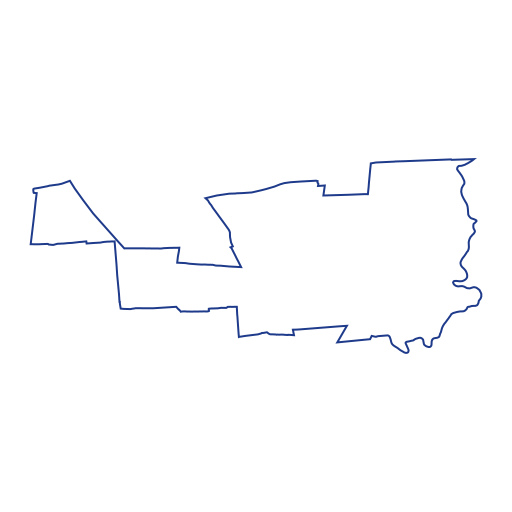 outline of Frumusita, Galati, Romania
{"feature_id": "2599482B14808563602686", "entity_name": "Frumusita", "entity_type": "district", "adm_level": 2, "iso_a3": "ROU", "parent_name": "Romania", "parent_adm1": "Galati", "projection": "natural_earth1", "projection_center": [28.083, 45.663], "detail": "fine", "context": "isolated", "style": "outline", "palette": "blue", "viewbox_px": 512, "rotation_deg": 0, "n_neighbors": 0, "source": "geoboundaries", "source_scale": "gbopen_adm2", "svg_char_len": 6090}
<svg xmlns="http://www.w3.org/2000/svg" viewBox="0 0 512 512"><path d="M229.1,193.7L216.8,195.5L205.5,198.2L208.0,200.5L209.2,202.6L210.2,204.0L211.1,205.0L211.8,206.1L212.8,207.8L217.6,214.3L218.8,216.0L223.6,222.5L228.4,229.2L229.3,230.7L229.9,232.4L230.0,236.3L230.2,238.0L230.6,240.0L230.7,240.6L231.1,242.6L232.8,246.4L230.6,247.3L231.6,248.3L235.7,256.4L236.4,257.9L238.4,261.7L241.1,267.1L229.5,266.5L220.5,265.7L216.4,265.6L215.5,265.5L212.7,264.8L207.7,264.7L204.4,264.5L203.1,264.5L202.7,264.5L201.9,264.6L197.0,264.3L189.2,263.7L185.5,263.1L177.2,262.7L177.9,256.5L179.0,250.6L179.3,247.7L176.9,247.8L174.6,247.8L169.6,247.9L163.3,248.2L162.4,248.4L161.0,248.5L158.7,248.5L146.3,248.4L142.3,248.3L124.6,248.3L124.3,248.4L117.5,240.9L95.3,215.9L93.1,213.4L83.0,200.0L74.8,188.6L69.9,180.8L61.9,183.7L58.3,184.5L49.3,185.7L47.6,186.2L39.9,187.7L34.2,188.6L33.6,188.9L33.3,189.2L33.3,189.6L33.3,190.4L33.6,192.6L33.8,192.9L36.7,193.1L35.5,202.7L34.1,215.8L30.7,244.2L38.1,244.3L42.3,244.1L47.8,243.9L48.4,244.2L48.7,244.5L51.3,244.8L53.4,244.9L57.3,243.8L63.9,243.5L67.9,243.1L72.0,242.9L79.5,242.0L81.2,241.9L86.3,241.4L86.6,243.5L93.3,243.0L100.4,242.6L102.3,242.2L104.4,241.9L108.1,241.6L109.6,241.6L112.1,241.4L113.5,241.5L114.6,241.4L116.5,264.6L117.2,275.2L119.0,294.2L119.5,301.9L119.8,301.9L119.9,303.9L120.7,308.6L123.7,308.9L130.6,309.1L132.3,308.7L133.4,308.6L135.7,308.2L152.6,308.3L176.2,306.8L178.8,309.7L179.2,309.7L180.8,311.7L181.0,311.6L182.1,311.5L182.9,311.4L184.7,311.4L185.5,311.4L186.4,311.5L187.5,311.5L189.5,311.5L190.3,311.6L199.1,311.5L204.6,311.4L206.4,311.5L207.7,311.4L208.9,311.1L209.0,311.0L208.7,309.0L208.8,308.8L208.9,308.7L211.3,308.5L215.6,308.4L216.0,308.3L217.8,308.3L221.3,307.8L221.8,307.8L222.2,307.9L225.4,307.9L226.3,307.9L227.8,306.9L230.4,306.8L231.9,306.9L234.6,306.8L236.8,306.8L237.2,314.6L237.4,316.4L238.3,329.5L238.5,332.3L238.6,333.6L238.9,337.0L239.6,336.8L245.4,335.9L254.3,334.8L256.9,334.5L258.2,334.3L260.6,333.6L261.2,333.4L261.8,333.0L263.6,332.9L266.9,332.3L267.2,332.4L268.1,333.2L269.2,333.9L269.9,334.2L270.5,334.3L271.7,334.3L273.8,334.4L275.9,334.5L276.4,334.7L277.2,334.6L277.8,334.6L279.2,334.7L281.0,334.6L281.9,334.6L283.7,334.7L284.4,334.8L287.9,335.0L288.1,334.8L288.3,334.8L289.3,334.9L290.4,334.9L294.0,335.2L292.9,329.7L296.8,329.6L301.2,329.3L338.2,326.4L346.9,325.8L337.3,342.4L363.7,339.8L370.1,339.2L371.7,335.9L374.7,336.6L376.0,336.8L377.4,336.3L378.8,336.1L387.5,335.4L388.1,335.5L388.7,335.8L389.3,336.3L389.7,336.9L390.3,338.5L390.7,339.8L391.2,341.9L391.6,343.1L392.0,343.8L392.5,344.5L393.4,345.3L394.3,346.0L397.4,347.9L400.4,350.2L402.7,351.5L404.2,352.4L405.1,352.7L405.9,352.9L406.7,352.9L407.3,352.7L408.0,352.3L408.3,351.8L408.5,351.1L408.6,350.4L408.3,349.3L407.4,347.2L406.0,344.1L405.6,343.1L405.6,342.8L405.7,342.5L406.0,342.2L406.3,342.0L407.1,341.7L408.4,341.5L409.8,341.2L411.6,340.7L412.9,340.5L413.7,340.2L414.0,339.8L414.2,339.7L414.8,339.3L416.1,338.7L417.5,338.3L418.9,337.9L419.7,337.8L420.4,337.8L421.1,338.0L421.8,338.4L422.9,339.4L423.1,339.7L423.9,344.0L424.1,344.4L424.3,344.7L424.6,345.1L425.3,345.6L426.3,346.3L427.8,346.8L428.6,347.0L429.2,347.0L429.7,347.0L430.2,346.8L430.6,346.5L431.2,345.8L431.5,344.9L431.6,342.4L431.7,341.2L432.2,339.8L432.4,339.7L432.6,339.2L433.0,338.9L433.7,338.4L435.7,338.0L437.2,337.8L438.5,337.2L439.1,336.8L439.4,336.2L439.8,334.9L440.2,333.6L440.8,332.4L441.2,331.1L441.7,329.2L442.1,327.9L442.9,326.1L444.3,323.8L445.3,322.7L446.9,320.5L447.7,319.4L448.5,318.4L449.2,317.3L450.0,316.3L451.4,314.1L453.1,313.1L454.4,312.7L456.9,312.0L459.0,311.6L460.4,311.4L461.8,311.4L463.1,311.3L463.8,311.2L465.0,310.6L466.0,309.7L466.5,309.2L467.1,308.1L467.3,307.6L467.6,307.1L468.3,306.8L469.6,306.7L471.7,306.0L473.5,305.9L475.0,305.9L475.6,305.8L476.9,305.3L477.4,304.9L477.7,304.4L478.3,303.3L478.6,302.1L478.8,300.9L479.6,299.8L480.4,298.8L480.7,298.3L480.9,297.7L481.3,296.5L481.3,293.8L481.0,293.1L480.5,292.0L479.8,290.8L479.7,290.3L478.6,289.3L477.5,288.5L477.0,288.1L476.1,287.6L474.9,287.3L474.3,287.2L473.7,287.2L473.1,287.3L469.7,288.4L466.9,288.1L464.3,286.7L462.7,286.2L461.4,286.1L459.0,286.3L458.3,286.4L457.5,286.3L456.7,286.1L455.6,285.7L454.3,284.7L453.9,284.3L453.2,282.9L453.1,282.4L453.6,281.4L454.0,281.1L454.6,281.0L456.4,280.9L458.8,281.2L460.0,281.3L461.2,281.2L462.4,281.1L464.0,280.4L465.0,279.8L465.9,279.1L466.6,278.2L467.1,277.3L467.2,276.2L467.2,275.2L466.9,273.6L466.1,271.6L465.6,270.7L464.9,269.8L464.2,269.0L462.2,267.1L461.5,266.2L461.0,265.3L460.8,264.8L460.5,263.2L460.6,262.2L460.8,261.6L461.9,259.3L462.8,257.9L463.8,256.7L464.7,255.5L465.9,253.7L467.0,251.9L467.8,251.1L468.4,249.7L468.6,249.2L468.8,248.0L468.9,246.9L468.7,242.4L468.9,241.2L469.2,240.0L469.7,238.7L470.6,237.0L471.9,235.5L472.8,234.5L473.8,233.6L474.8,231.9L474.9,231.3L474.8,230.7L474.0,229.1L473.6,228.5L473.4,227.3L473.3,226.1L473.5,224.2L473.8,223.7L475.3,222.5L476.5,221.1L476.4,220.5L475.9,220.1L474.0,219.2L473.4,219.0L472.1,218.6L470.9,218.1L470.4,217.7L469.6,216.8L468.8,215.8L468.3,214.7L468.2,214.0L467.9,209.2L467.6,206.8L467.3,205.6L466.8,204.2L466.2,203.0L465.5,201.9L463.5,198.4L462.4,196.1L461.9,194.9L461.6,193.6L461.2,191.8L461.5,189.1L461.8,187.9L463.1,185.5L463.9,184.4L464.3,183.8L464.4,182.5L464.4,181.9L464.1,180.6L462.1,176.4L461.0,174.7L460.6,174.2L459.5,172.6L458.6,171.5L457.8,170.4L457.1,169.2L457.2,168.3L457.4,167.5L457.7,167.0L458.7,166.0L459.4,165.9L460.1,165.9L460.8,165.9L462.2,165.6L465.0,164.7L466.2,164.0L467.5,163.4L471.2,161.2L472.4,160.4L472.9,160.0L474.0,159.1L452.4,159.8L451.4,159.8L451.1,159.4L404.6,161.2L398.0,161.4L395.0,161.5L394.7,161.6L375.9,162.5L370.8,163.4L370.7,164.9L370.3,168.4L368.9,183.3L368.7,186.1L368.7,186.3L368.4,189.1L367.9,194.2L365.1,194.1L347.6,194.8L323.4,195.5L324.8,185.5L318.0,186.0L318.3,184.4L318.3,183.6L317.5,182.6L317.6,181.1L316.1,180.7L301.2,181.5L290.8,182.2L284.3,183.1L280.2,184.3L274.4,186.6L266.2,189.0L262.0,190.1L252.5,192.3L251.3,192.5L242.2,193.1L236.6,193.3L235.5,193.5L231.7,193.6L229.1,193.7Z" fill="none" stroke="#1e3a8a" stroke-width="2"/></svg>